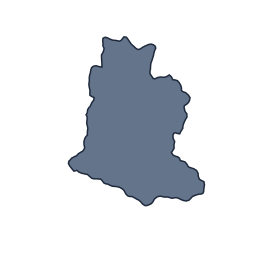 outline of Monte Formoso, Minas Gerais, Brazil, rotated 154°
{"feature_id": "56859067B56618485834346", "entity_name": "Monte Formoso", "entity_type": "district", "adm_level": 2, "iso_a3": "BRA", "parent_name": "Brazil", "parent_adm1": "Minas Gerais", "projection": "robinson", "projection_center": [-41.271, -16.882], "detail": "fine", "context": "isolated", "style": "filled", "palette": "slate", "viewbox_px": 256, "rotation_deg": 154, "n_neighbors": 0, "source": "geoboundaries", "source_scale": "gbopen_adm2", "svg_char_len": 2722}
<svg xmlns="http://www.w3.org/2000/svg" viewBox="0 0 256 256"><g transform="rotate(154 128 128)"><path d="M104.6,36.4L102.2,37.3L100.0,38.2L96.1,37.9L93.1,37.4L91.3,36.6L89.4,36.4L88.0,37.5L87.0,39.3L85.5,41.5L84.0,43.8L83.3,46.5L84.8,48.3L86.3,50.6L86.0,53.8L84.9,56.5L85.0,59.7L86.7,62.5L88.8,64.5L90.7,66.5L91.0,69.9L91.6,72.4L93.2,74.1L95.2,75.6L95.0,78.4L96.0,80.4L97.6,81.7L99.4,83.9L99.7,87.0L98.0,87.9L95.5,89.5L94.1,92.7L92.0,95.3L92.0,98.6L91.0,101.4L89.5,103.0L87.6,103.1L86.1,101.5L84.1,100.1L82.3,101.6L80.4,102.8L78.9,103.7L77.7,105.9L75.5,108.1L72.7,110.4L70.2,112.0L68.9,115.0L69.5,117.8L69.0,120.0L68.6,121.9L67.5,123.4L65.1,123.6L62.5,124.4L60.6,125.8L58.9,128.2L59.4,131.3L60.7,134.5L62.8,136.6L63.5,138.5L62.5,140.2L61.9,143.1L62.1,146.3L62.8,148.8L64.5,150.5L66.5,151.7L66.6,155.0L67.6,157.6L70.0,157.3L72.2,157.4L74.2,158.2L76.4,159.6L79.4,160.4L82.0,160.4L83.6,161.3L84.0,164.2L84.4,167.1L83.3,169.5L82.0,171.1L80.6,173.7L79.1,176.1L77.0,178.1L74.9,180.3L73.2,182.2L71.3,184.6L69.5,186.5L68.0,187.6L67.7,189.7L68.6,191.5L70.0,193.0L72.1,193.9L74.7,194.1L77.2,194.2L79.7,194.1L82.2,193.7L84.4,194.0L85.9,195.9L87.1,199.1L88.3,201.9L88.7,204.6L89.1,207.6L89.6,210.2L91.5,211.7L93.4,211.0L95.6,209.8L97.7,209.8L99.4,211.2L101.1,212.4L103.0,213.5L105.1,215.6L106.8,217.9L108.7,219.6L111.2,219.6L112.5,217.4L113.4,214.9L114.5,213.0L114.6,210.1L115.8,208.4L117.6,206.7L119.7,205.4L120.7,203.4L121.9,200.6L123.3,197.1L124.7,194.2L127.3,196.0L129.4,198.0L132.1,198.7L134.3,198.2L136.2,196.2L137.7,194.0L139.2,192.5L140.7,190.3L142.3,187.0L143.7,185.0L144.7,182.6L145.3,180.1L145.8,178.2L147.0,176.1L147.9,174.0L146.6,172.0L145.1,170.1L146.7,168.0L149.5,166.6L151.0,165.3L152.6,164.0L154.4,163.4L156.3,162.1L157.9,159.6L159.9,158.2L159.8,155.9L161.2,153.4L163.1,150.3L163.6,147.8L164.2,145.4L165.5,143.5L166.6,141.6L167.7,139.4L169.6,138.7L171.3,137.6L173.6,135.1L174.9,132.1L175.5,129.4L177.3,127.8L179.0,127.0L181.6,126.9L184.0,126.6L186.2,125.7L189.2,125.7L191.9,125.6L193.8,124.7L195.7,124.1L197.1,122.2L197.0,119.3L196.3,116.0L195.5,112.9L192.5,112.3L191.4,109.8L189.4,107.6L186.9,105.6L184.8,104.0L183.8,101.5L182.5,98.6L180.8,97.2L178.5,96.1L176.7,95.0L174.9,93.9L174.2,91.7L173.8,89.2L172.3,87.4L170.7,86.4L169.4,84.6L167.7,82.6L165.4,81.2L163.7,80.2L161.7,78.5L160.1,76.3L159.0,73.9L158.9,71.9L158.8,69.3L157.9,67.0L156.5,65.7L154.5,64.7L152.9,62.6L151.4,60.3L149.9,58.4L148.9,56.0L148.1,52.9L146.6,50.7L144.9,50.0L142.7,49.8L140.0,49.8L137.9,50.8L135.4,52.5L132.3,53.3L130.1,53.0L128.3,52.3L126.9,51.0L125.4,49.9L123.0,48.8L120.8,47.0L119.5,45.7L117.8,45.1L116.1,44.7L114.5,43.8L113.0,42.2L111.8,40.5L109.8,38.4L107.5,36.8L104.6,36.4Z" fill="#64748b" stroke="#1e293b" stroke-width="1.5"/></g></svg>